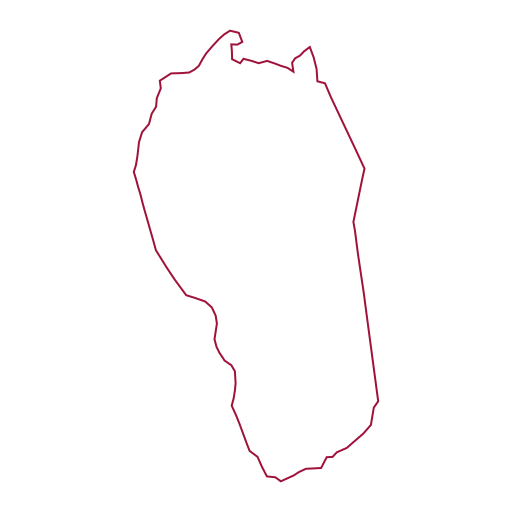 São João, Pernambuco, Brazil
{"feature_id": "56859067B85962492334697", "entity_name": "São João", "entity_type": "district", "adm_level": 2, "iso_a3": "BRA", "parent_name": "Brazil", "parent_adm1": "Pernambuco", "projection": "equal_earth", "projection_center": [-36.391, -8.885], "detail": "fine", "context": "isolated", "style": "outline", "palette": "rose", "viewbox_px": 512, "rotation_deg": 0, "n_neighbors": 0, "source": "geoboundaries", "source_scale": "gbopen_adm2", "svg_char_len": 1323}
<svg xmlns="http://www.w3.org/2000/svg" viewBox="0 0 512 512"><path d="M325.0,83.3L317.4,81.3L316.6,69.1L313.7,57.5L309.8,47.0L304.2,51.2L300.0,55.6L295.1,58.3L292.1,62.8L293.4,71.7L287.4,67.8L280.8,65.8L275.1,63.6L267.1,60.9L258.7,63.2L251.6,60.9L243.5,58.8L240.1,63.2L232.1,59.2L231.9,51.2L231.3,44.4L237.4,44.6L242.3,41.9L238.8,32.8L230.0,30.7L224.3,34.3L218.9,39.1L212.0,46.6L206.1,53.5L202.5,59.2L198.8,65.9L194.6,69.5L189.2,72.5L181.3,73.1L171.1,73.4L159.8,80.7L160.8,88.3L156.8,98.2L156.1,106.7L151.7,113.7L149.0,124.0L142.1,132.2L139.0,142.1L137.4,156.3L135.9,165.3L133.8,171.9L136.4,180.5L137.9,186.2L140.4,194.3L142.6,203.1L144.3,209.3L146.7,217.6L153.4,241.1L155.9,250.2L166.4,267.1L174.5,279.3L186.2,295.2L194.9,297.9L205.2,301.5L211.8,307.4L215.7,315.7L216.9,323.6L214.5,339.2L216.5,346.8L219.4,352.7L224.6,360.6L231.3,365.2L234.9,371.3L235.6,383.4L234.9,390.5L233.7,398.1L231.7,405.7L236.2,415.6L239.6,424.1L246.5,442.9L249.6,450.9L257.5,456.8L261.9,466.7L266.9,476.4L275.4,477.3L280.8,481.3L293.8,475.4L299.0,472.0L305.9,468.8L321.1,468.0L326.7,457.2L332.6,456.9L336.8,452.3L346.8,447.9L363.5,433.4L370.9,424.9L373.8,407.6L378.2,401.3L366.5,313.7L363.8,293.2L357.9,253.6L355.0,231.0L353.4,221.9L362.3,178.6L364.5,168.6L353.9,145.9L330.9,97.2L325.0,83.3Z" fill="none" stroke="#9f1239" stroke-width="2"/></svg>